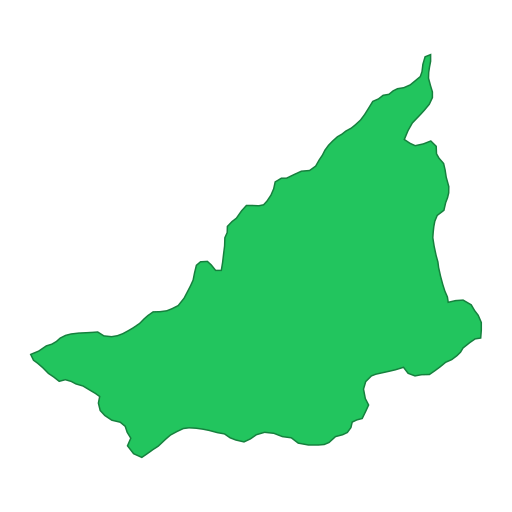 outline of Cravinhos, São Paulo, Brazil
{"feature_id": "56859067B19877551260818", "entity_name": "Cravinhos", "entity_type": "district", "adm_level": 2, "iso_a3": "BRA", "parent_name": "Brazil", "parent_adm1": "São Paulo", "projection": "albers", "projection_center": [-47.747, -21.314], "detail": "fine", "context": "isolated", "style": "filled", "palette": "green", "viewbox_px": 512, "rotation_deg": 0, "n_neighbors": 0, "source": "geoboundaries", "source_scale": "gbopen_adm2", "svg_char_len": 2714}
<svg xmlns="http://www.w3.org/2000/svg" viewBox="0 0 512 512"><path d="M447.5,197.8L448.7,192.9L448.8,186.6L446.2,177.2L445.1,170.0L443.6,163.5L439.0,158.2L436.5,153.8L436.2,146.3L430.8,141.0L423.4,143.9L415.2,145.7L410.0,143.3L404.3,139.5L408.0,130.6L412.3,123.0L420.8,114.1L424.6,109.9L429.3,104.2L432.4,97.6L432.4,91.9L430.5,85.7L428.5,78.2L428.7,72.4L429.5,67.0L430.6,61.3L430.6,54.6L425.1,56.8L422.9,64.3L422.0,71.7L420.3,76.6L415.2,80.8L410.2,84.9L403.8,87.7L397.5,88.7L393.1,90.9L389.0,94.3L383.1,95.3L378.5,98.9L372.8,101.4L368.5,108.4L364.6,114.6L360.5,120.1L355.4,124.8L351.3,128.1L345.8,131.1L341.9,134.2L337.5,136.7L332.7,141.0L328.6,145.2L325.0,150.1L322.4,155.2L319.3,159.8L315.7,166.1L309.6,170.5L301.4,171.2L294.4,174.4L286.5,178.2L281.4,178.2L275.2,181.9L273.7,188.8L271.0,195.1L267.0,201.1L263.6,204.8L258.7,205.8L252.6,205.5L246.4,205.5L241.6,210.8L236.4,218.2L232.1,221.5L227.4,226.4L227.2,232.6L224.9,237.7L224.6,246.0L223.6,254.0L222.6,262.5L221.3,270.4L215.6,270.4L211.3,265.0L207.4,261.4L200.5,261.8L196.4,265.3L194.6,272.7L193.1,280.2L190.5,285.9L187.7,291.3L184.1,298.2L178.2,305.6L171.8,308.8L166.8,310.8L160.1,311.7L153.1,311.9L148.0,315.5L144.4,318.6L139.7,323.4L133.1,327.9L128.5,330.6L122.8,333.7L117.5,335.7L111.6,336.7L103.9,335.9L97.7,332.0L92.3,332.4L86.9,332.7L78.7,333.1L71.0,334.0L65.6,335.4L60.2,338.1L56.4,341.5L51.8,344.2L46.3,345.9L38.7,351.1L30.7,354.4L33.5,360.2L37.6,363.2L42.8,367.7L48.4,373.4L53.6,376.9L59.2,381.3L65.3,379.7L71.2,381.4L75.9,383.9L83.0,386.0L91.0,390.8L95.4,393.4L99.7,396.5L98.4,403.1L100.2,410.5L104.8,415.5L111.8,420.2L120.2,422.2L125.2,426.3L127.2,432.3L130.8,438.2L127.5,445.8L133.6,453.7L141.8,457.4L147.2,453.7L152.9,449.6L158.3,446.1L165.4,439.4L170.5,435.0L177.0,431.5L183.4,428.5L189.0,427.8L196.0,428.2L203.1,429.2L209.1,430.4L217.3,432.6L224.5,433.9L230.1,437.8L235.8,440.0L244.0,441.9L250.4,438.9L256.4,434.7L264.6,432.3L273.9,433.3L282.4,436.6L291.3,437.8L298.2,443.1L308.5,445.0L318.3,445.0L324.2,444.5L329.0,442.5L335.5,436.6L342.7,434.7L347.3,432.5L350.9,427.6L352.2,422.1L356.8,419.9L362.2,418.5L365.8,411.1L368.6,405.0L365.3,398.6L363.5,389.1L365.7,381.6L371.4,375.9L375.8,374.2L389.4,371.2L395.3,369.8L403.5,367.3L408.1,373.3L415.0,375.9L421.4,374.7L429.4,374.5L434.6,370.9L439.9,367.0L445.6,362.3L451.7,359.6L456.9,355.7L460.5,352.2L463.0,348.0L469.9,342.5L475.1,338.9L480.7,338.0L481.3,330.1L481.3,322.5L478.2,315.3L474.6,310.6L471.2,304.8L463.1,300.1L455.6,300.6L448.2,302.3L447.4,297.0L444.8,291.0L442.7,284.3L440.5,276.1L438.6,267.5L437.9,262.0L436.1,255.5L434.1,246.1L432.8,237.7L433.2,232.1L433.8,226.6L434.8,221.2L437.2,215.4L443.9,210.3L445.7,202.5L447.5,197.8Z" fill="#22c55e" stroke="#15803d" stroke-width="1.5"/></svg>